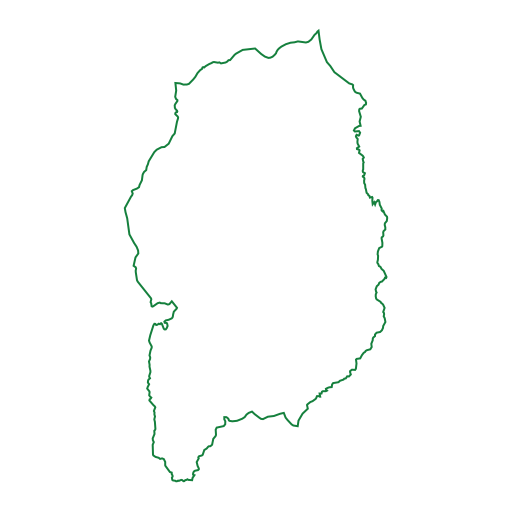 Laleia, Manatuto, East Timor
{"feature_id": "22284137B53372282779403", "entity_name": "Laleia", "entity_type": "district", "adm_level": 2, "iso_a3": "TLS", "parent_name": "East Timor", "parent_adm1": "Manatuto", "projection": "natural_earth1", "projection_center": [126.125, -8.597], "detail": "fine", "context": "isolated", "style": "outline", "palette": "green", "viewbox_px": 512, "rotation_deg": 0, "n_neighbors": 0, "source": "geoboundaries", "source_scale": "gbopen_adm2", "svg_char_len": 6057}
<svg xmlns="http://www.w3.org/2000/svg" viewBox="0 0 512 512"><path d="M297.7,426.2L298.5,420.6L302.6,413.6L307.8,408.7L307.0,405.0L307.4,404.4L310.4,402.0L312.5,401.2L315.4,399.1L316.0,398.5L317.0,396.1L319.1,396.1L319.7,396.7L320.2,396.7L319.6,393.5L321.5,393.5L322.0,391.7L322.9,391.2L325.8,391.2L327.0,390.6L326.1,389.7L325.9,388.8L327.6,387.9L329.3,387.3L331.7,387.1L332.1,384.5L333.1,383.1L338.5,382.2L339.9,380.8L343.5,379.6L344.2,378.7L345.8,378.4L347.2,376.3L348.9,376.5L350.8,374.5L350.0,371.9L350.2,371.0L352.0,369.7L355.1,369.9L355.9,368.7L356.5,363.5L356.0,359.6L356.7,358.9L360.2,358.4L361.9,355.2L363.7,352.8L365.0,352.0L365.7,350.9L366.9,350.2L370.3,349.3L371.7,347.0L371.3,343.8L372.7,340.3L372.8,338.6L373.2,337.6L375.0,336.1L375.0,334.5L376.6,332.7L380.1,332.0L381.9,330.3L383.0,327.9L383.2,326.0L385.4,322.0L384.7,318.2L383.7,316.3L384.1,314.5L384.0,313.1L383.2,312.0L384.6,307.9L383.2,304.8L382.3,303.7L381.3,303.1L380.5,301.8L376.7,299.4L376.1,298.4L375.7,296.2L375.8,294.3L376.6,292.4L376.1,291.8L375.6,289.3L376.8,286.2L378.5,284.7L379.3,282.8L380.8,281.8L381.9,281.6L384.5,278.9L385.0,277.7L386.1,278.0L386.5,277.0L383.7,270.8L381.6,269.0L380.4,266.8L378.9,266.0L378.3,264.1L377.6,263.3L377.3,262.3L377.9,259.8L378.1,255.8L377.6,254.3L377.9,251.5L379.2,248.1L382.0,246.7L382.3,246.1L382.4,242.9L381.6,238.5L381.7,237.4L383.0,236.4L383.4,235.5L383.2,232.2L383.6,231.1L385.3,229.5L385.3,227.3L384.7,224.9L384.9,223.3L386.8,221.0L387.2,218.0L387.0,216.7L384.9,214.5L383.4,211.0L382.8,211.5L381.8,210.6L381.5,209.9L381.8,209.1L381.6,208.3L379.8,204.8L379.4,201.9L378.6,200.1L377.8,200.1L377.1,201.3L376.0,202.0L375.1,204.5L374.2,202.2L372.7,204.2L372.3,200.7L372.5,197.7L372.1,197.0L369.9,197.6L369.5,196.0L368.3,195.2L368.2,194.4L366.6,192.8L365.9,189.2L365.4,188.0L365.1,184.7L364.2,183.1L364.1,180.6L364.5,178.9L364.2,177.8L362.8,176.6L362.9,176.0L364.1,175.4L364.9,173.2L363.1,172.2L362.8,171.5L362.8,170.3L363.2,169.4L363.2,163.5L363.7,162.3L363.3,161.8L362.7,158.9L363.8,157.6L363.3,156.5L362.6,155.6L359.0,152.9L359.6,150.3L359.1,149.7L357.0,149.1L356.9,148.2L359.2,146.6L357.6,143.6L357.4,142.0L357.7,139.0L356.3,137.4L355.9,136.2L356.6,134.8L358.4,135.6L359.1,135.4L360.1,132.7L359.0,131.1L354.9,131.5L353.9,130.5L355.0,128.3L359.0,126.0L360.6,125.8L359.6,121.5L360.8,116.8L359.1,111.1L359.3,109.3L360.0,108.7L361.8,108.6L364.4,105.0L365.9,104.4L366.1,102.9L365.4,100.7L363.7,99.6L362.3,97.9L360.0,93.6L356.8,92.8L355.4,92.1L354.6,91.1L353.3,88.5L353.0,87.2L353.1,85.1L352.3,84.4L349.2,83.4L334.4,72.2L330.3,66.0L326.9,62.1L321.4,49.2L319.6,39.4L318.5,30.7L317.4,31.6L316.5,33.1L314.5,34.9L311.3,39.5L308.4,41.8L305.9,42.5L297.9,41.4L294.5,42.3L290.6,42.7L285.9,44.2L281.4,46.6L279.3,48.2L277.8,49.7L276.6,51.6L276.0,53.3L274.7,54.8L272.6,56.7L270.3,57.7L268.4,57.9L264.9,56.6L261.2,54.0L255.1,48.5L242.7,49.9L236.1,53.6L234.6,54.8L230.1,60.1L228.5,60.2L227.2,61.6L225.6,62.5L221.0,63.4L219.4,62.4L217.9,62.7L213.9,62.0L212.4,62.4L211.9,62.9L209.3,64.0L205.7,66.1L204.1,67.5L203.2,67.1L202.5,67.5L202.0,68.9L200.2,70.1L197.5,73.1L195.3,76.9L193.2,79.5L188.9,83.9L186.9,84.5L183.4,84.6L180.1,83.4L175.4,83.0L176.2,90.6L175.2,96.8L176.0,98.9L177.4,100.1L177.4,101.0L175.3,104.0L174.7,105.3L174.9,107.9L175.7,109.3L177.0,110.6L177.3,111.4L177.0,112.1L176.0,112.3L175.3,113.2L175.3,114.2L177.7,116.5L178.1,117.3L178.0,118.5L177.0,121.7L174.7,133.5L172.4,136.1L168.7,143.7L164.5,147.0L161.5,147.2L156.7,149.7L154.3,152.1L148.7,161.3L147.9,164.3L146.7,166.9L146.2,170.1L144.1,171.9L143.0,173.8L142.6,174.9L141.9,180.3L139.6,184.9L139.0,187.2L136.9,188.6L133.0,190.1L131.8,191.2L132.7,193.5L132.1,195.3L131.1,196.5L124.8,208.1L125.5,212.1L127.2,218.3L129.4,234.4L134.1,243.0L136.6,246.8L138.1,250.5L138.3,253.5L135.5,257.4L133.6,265.8L135.7,267.3L136.1,268.5L135.7,270.7L135.8,272.4L137.0,280.2L137.7,281.6L151.0,298.3L151.3,299.2L150.6,302.2L151.2,303.3L151.6,306.2L152.3,306.6L153.2,306.3L157.6,303.2L159.8,302.6L160.8,303.2L164.7,303.3L167.7,304.5L168.6,304.4L169.4,304.1L171.8,301.3L177.0,307.8L176.6,308.7L173.8,311.7L173.1,314.6L172.9,316.2L172.5,317.5L171.7,318.4L168.6,319.8L165.8,320.4L164.4,321.6L164.7,322.8L166.7,323.0L167.2,323.9L167.6,326.0L166.6,328.3L165.7,329.4L164.5,329.4L163.8,328.7L161.8,323.7L161.1,323.2L160.0,324.2L158.8,323.7L157.4,324.7L156.2,325.0L155.3,323.9L154.4,323.8L153.4,325.4L150.3,335.1L149.0,340.6L149.6,342.5L151.7,346.4L151.7,347.7L150.5,350.6L150.0,353.0L149.5,355.4L150.2,357.4L150.1,358.9L149.0,361.5L149.6,364.8L149.5,366.6L150.4,370.8L150.4,372.2L149.2,376.0L149.2,376.7L150.0,378.3L148.5,379.6L148.0,381.0L147.9,382.6L149.1,384.2L147.7,387.0L147.2,388.6L149.4,391.4L149.6,392.1L149.2,395.3L150.0,396.5L151.3,397.6L150.7,398.6L149.6,399.4L149.4,400.5L153.4,405.1L154.8,406.4L155.3,407.3L153.9,411.0L154.5,412.4L154.4,414.4L155.0,416.5L154.3,419.3L154.9,421.9L155.4,428.9L155.2,429.7L154.3,430.8L154.5,434.0L152.7,438.4L152.9,440.3L153.8,442.1L152.7,444.8L153.0,454.6L153.3,455.4L155.5,456.9L158.7,457.8L160.1,458.9L162.1,458.4L163.8,459.1L165.2,461.9L165.2,465.3L165.5,466.0L169.9,472.0L171.7,472.6L171.8,474.3L172.5,475.4L172.6,476.6L171.9,477.7L172.3,479.9L172.9,480.4L175.4,480.8L176.1,481.3L177.1,481.2L178.1,480.6L178.8,480.9L181.2,479.9L182.2,480.1L183.5,481.2L184.3,481.1L185.3,480.1L186.5,479.9L187.4,479.3L188.4,479.9L192.1,480.2L192.6,477.8L194.4,475.2L193.2,474.8L193.0,474.1L193.4,472.4L194.0,471.4L195.1,470.7L198.0,470.1L198.8,469.3L198.8,468.4L197.6,465.9L196.7,462.1L198.7,458.4L198.3,457.3L199.1,456.2L201.8,455.5L202.7,454.8L204.3,450.0L206.7,448.5L208.1,446.8L208.8,446.3L210.4,446.2L212.1,444.7L213.3,438.8L215.5,436.2L216.0,434.9L215.7,429.7L216.7,427.6L223.7,426.1L225.2,424.3L225.3,421.3L224.3,419.3L224.3,417.1L226.2,417.1L227.5,417.9L228.6,419.2L228.9,420.4L229.7,420.9L232.4,421.3L237.0,420.8L242.3,418.7L244.7,417.1L246.5,414.6L248.7,412.9L252.0,411.6L254.6,414.1L259.7,418.0L261.1,418.9L263.0,419.1L267.9,416.7L273.9,416.0L280.0,413.8L283.8,412.9L285.6,417.6L287.6,420.1L291.6,424.4L293.3,425.5L297.7,426.2Z" fill="none" stroke="#15803d" stroke-width="2"/></svg>